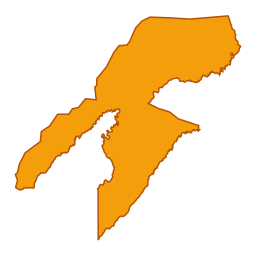 Santa Rosa do Purus, Acre, Brazil
{"feature_id": "56859067B63738463512329", "entity_name": "Santa Rosa do Purus", "entity_type": "district", "adm_level": 2, "iso_a3": "BRA", "parent_name": "Brazil", "parent_adm1": "Acre", "projection": "natural_earth1", "projection_center": [-70.414, -9.518], "detail": "fine", "context": "isolated", "style": "filled", "palette": "amber", "viewbox_px": 256, "rotation_deg": 0, "n_neighbors": 0, "source": "geoboundaries", "source_scale": "gbopen_adm2", "svg_char_len": 5864}
<svg xmlns="http://www.w3.org/2000/svg" viewBox="0 0 256 256"><path d="M19.7,189.9L22.6,189.4L24.1,187.7L25.5,188.2L27.1,187.5L28.9,188.1L29.5,187.7L32.5,187.8L33.0,188.2L33.8,187.8L34.3,186.7L34.1,185.2L34.5,182.3L35.2,182.1L37.5,176.1L39.8,174.3L40.9,172.8L43.5,173.1L44.5,172.6L45.7,172.7L49.6,167.1L50.4,166.9L50.6,165.0L51.2,164.6L52.3,162.2L53.0,162.2L53.5,160.6L54.0,160.2L54.3,159.5L54.9,159.2L55.4,157.4L57.2,156.4L58.0,155.4L58.6,155.2L59.2,155.7L60.5,155.6L60.9,154.9L61.3,153.1L61.9,153.6L62.4,153.1L64.5,152.8L65.2,152.3L66.4,153.0L68.2,151.7L68.8,150.5L68.6,149.8L69.7,148.7L69.6,147.1L70.8,146.2L71.5,146.4L71.8,145.8L72.9,145.6L72.9,144.7L74.4,145.1L74.9,143.6L74.6,140.1L75.2,140.1L75.0,139.4L75.9,138.1L75.2,138.0L76.0,136.5L76.7,136.6L77.8,136.1L79.2,137.5L79.3,138.2L80.6,136.9L80.3,136.5L80.5,135.9L80.2,135.6L81.3,135.1L82.2,133.6L85.5,132.2L85.7,131.4L87.1,130.7L87.6,131.0L90.5,128.3L90.9,129.1L92.3,126.5L92.7,127.0L93.0,126.4L92.9,124.4L94.2,123.5L95.4,124.2L95.6,123.4L96.2,123.0L95.4,121.7L96.0,121.4L96.2,120.6L97.4,119.8L97.8,118.4L98.9,119.3L98.9,118.4L99.6,117.6L99.7,115.7L101.9,116.2L102.3,115.7L102.3,113.4L102.6,112.6L103.3,112.5L103.9,113.2L106.4,111.6L106.9,111.9L106.9,111.0L108.4,110.4L108.9,111.1L109.7,110.8L110.4,111.1L111.2,109.8L112.4,110.9L112.4,111.7L114.4,109.8L114.5,110.4L114.2,111.2L114.8,111.2L115.5,110.7L115.5,110.1L116.9,109.3L117.7,109.0L118.3,109.1L118.4,109.6L119.3,109.4L119.8,111.1L119.4,112.7L117.2,113.5L116.9,114.0L118.1,116.6L117.8,117.3L116.5,117.2L116.2,116.2L115.5,115.9L114.9,116.2L115.4,119.1L118.4,123.0L118.2,124.9L117.8,125.4L117.4,125.0L116.6,122.9L115.4,125.3L114.7,125.4L114.1,124.8L113.7,125.3L113.6,127.3L112.9,127.5L111.7,126.9L111.2,127.2L110.9,129.2L112.4,130.3L112.3,131.3L111.8,131.8L110.4,132.2L109.0,131.9L107.9,130.4L107.2,130.5L106.8,131.0L108.0,132.3L107.1,134.4L107.1,135.1L107.5,135.6L109.2,136.2L109.6,138.3L108.5,139.3L107.3,138.7L106.3,137.3L105.6,137.0L104.4,137.8L103.7,137.6L103.6,136.8L104.3,135.5L103.9,134.5L103.1,134.0L102.3,134.8L101.7,136.2L101.7,137.0L102.4,137.2L104.1,139.1L103.9,141.1L103.4,141.6L104.1,141.9L103.8,143.7L103.2,144.7L102.0,145.6L104.5,152.5L106.0,154.4L106.1,155.3L107.4,157.6L108.1,158.0L109.6,158.0L110.4,159.6L111.6,160.5L113.5,166.3L114.4,167.3L114.0,167.9L114.2,169.1L113.3,170.9L113.2,173.3L112.2,174.4L112.7,177.3L111.1,179.4L111.0,180.0L109.5,181.6L108.4,182.1L105.9,180.0L105.4,180.0L104.4,180.8L104.1,182.6L103.1,185.0L101.5,184.5L100.3,184.6L99.5,185.5L99.0,187.6L97.6,188.6L98.1,190.7L98.2,240.1L99.4,237.5L100.2,236.3L101.4,235.8L102.5,234.5L103.1,233.1L104.1,232.1L105.1,229.8L106.1,228.5L107.3,228.3L109.4,228.9L112.0,226.2L113.5,226.0L115.3,221.6L116.9,220.5L118.6,217.4L121.4,216.1L123.3,216.4L125.6,214.8L128.2,211.9L129.0,210.1L129.3,208.1L130.5,205.9L131.1,205.5L131.3,204.7L133.7,203.1L134.6,201.6L135.8,200.7L136.4,199.4L139.1,196.9L139.2,196.3L140.0,195.6L140.2,194.7L142.8,191.9L143.0,190.8L143.9,189.8L144.0,189.0L146.4,186.4L147.7,185.6L147.9,185.0L147.9,180.7L148.4,179.3L148.8,179.0L148.6,178.3L148.9,177.8L148.9,176.5L152.7,173.5L153.0,174.1L153.9,172.6L153.8,170.8L154.4,170.7L155.1,169.7L154.7,169.1L155.2,168.4L155.9,168.6L156.9,167.8L157.4,167.8L157.2,166.9L160.2,161.4L162.0,161.0L162.3,160.3L162.8,160.5L163.1,160.0L163.0,159.0L163.6,158.6L164.1,158.7L164.3,157.9L165.0,157.6L165.6,156.9L166.2,156.9L165.7,155.5L167.7,153.5L167.9,151.8L169.0,150.8L169.3,150.0L169.5,150.7L170.6,149.8L172.1,149.9L171.8,148.5L172.8,148.0L172.9,147.2L172.9,146.6L172.2,146.0L172.2,145.3L173.2,144.8L173.8,143.1L174.4,142.8L174.5,141.9L175.0,141.4L176.4,141.5L177.0,139.6L177.6,139.1L177.4,138.3L179.0,135.9L179.7,135.8L180.2,136.4L180.0,136.9L180.6,136.8L181.5,135.2L181.3,134.3L181.8,133.2L183.7,132.4L184.2,133.0L185.6,133.6L185.9,132.8L185.5,132.3L186.1,131.8L187.1,132.7L187.4,131.6L189.0,132.3L189.5,132.0L190.4,132.8L191.6,132.5L191.7,131.3L193.3,129.8L194.0,129.6L194.4,130.7L195.2,130.7L196.6,129.8L197.3,129.9L197.5,130.5L198.0,130.2L198.4,131.0L199.7,129.6L198.4,129.2L198.2,128.7L198.7,127.5L198.5,126.7L198.7,125.6L178.2,118.8L169.7,112.0L158.2,108.4L148.1,103.4L150.5,101.9L151.1,100.0L153.3,98.2L153.9,97.2L154.0,96.5L153.4,94.3L153.4,92.2L153.9,91.7L155.3,91.7L157.6,92.6L158.3,92.3L158.6,91.6L158.9,88.4L160.3,87.3L162.1,87.6L164.3,84.6L166.1,83.9L167.5,82.7L168.6,80.6L171.5,79.8L172.4,78.7L176.5,78.3L177.2,77.8L178.9,78.8L179.9,81.3L182.9,81.1L184.6,82.2L187.1,80.6L189.3,80.8L189.6,80.2L190.0,80.8L190.5,80.6L190.8,81.2L192.2,81.3L194.2,82.1L196.4,82.5L196.8,81.9L198.0,82.1L199.1,81.1L198.9,80.5L200.0,80.3L201.1,79.4L201.5,77.8L202.1,77.3L202.1,76.5L202.8,76.1L202.8,75.4L204.3,75.3L205.1,76.3L207.3,76.8L208.5,75.6L208.3,74.9L209.3,74.9L209.4,74.2L209.9,74.1L210.3,73.1L210.8,72.8L210.2,72.4L212.3,71.4L212.5,72.1L213.6,72.8L214.2,72.6L215.4,73.3L216.9,72.8L218.1,73.3L218.2,73.9L219.0,73.5L219.8,73.8L219.8,74.4L220.3,73.5L220.0,72.5L220.5,70.8L222.8,71.8L222.9,70.9L220.8,70.1L220.5,69.3L220.7,68.0L221.1,67.6L221.9,68.0L222.7,69.3L223.9,68.2L224.3,69.0L225.0,69.2L225.4,66.2L225.8,65.6L226.5,66.1L227.1,65.9L228.1,64.4L228.6,64.3L229.9,64.9L230.7,62.1L229.7,61.1L231.3,60.1L231.7,59.4L231.2,58.3L231.3,57.7L233.2,58.0L233.7,57.5L234.0,56.2L233.8,55.5L235.9,54.2L238.4,51.6L239.1,50.2L239.2,48.6L240.6,46.5L239.7,45.4L238.0,44.6L237.7,41.3L236.0,39.9L235.2,37.5L235.7,34.7L234.6,32.5L234.8,31.5L234.3,30.2L232.1,28.9L231.9,27.3L228.1,15.9L189.4,19.1L171.6,17.9L150.0,17.1L142.0,21.0L135.6,28.0L129.7,41.4L127.0,45.0L119.0,45.7L114.1,52.0L106.4,67.0L96.9,78.5L96.6,85.7L94.8,87.0L96.2,99.8L85.6,98.7L78.4,107.5L72.4,108.8L68.8,114.2L57.7,114.2L49.6,126.0L41.3,131.6L40.3,141.6L25.1,152.9L19.2,164.6L17.6,172.4L15.4,174.5L17.5,180.2L15.6,187.6L19.7,189.9ZM233.0,55.1L232.4,55.5L231.1,55.5L230.6,53.9L231.0,53.3L232.1,53.0L232.6,53.4L233.0,55.1Z" fill="#f59e0b" stroke="#b45309" stroke-width="1.5"/></svg>